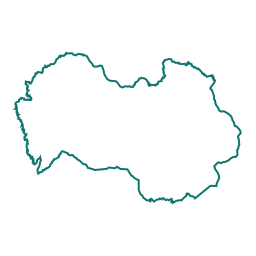 Bosomtwe, Ashanti, Ghana (Robinson projection)
{"feature_id": "2480657B90441463194933", "entity_name": "Bosomtwe", "entity_type": "district", "adm_level": 2, "iso_a3": "GHA", "parent_name": "Ghana", "parent_adm1": "Ashanti", "projection": "robinson", "projection_center": [-1.515, 6.558], "detail": "fine", "context": "isolated", "style": "outline", "palette": "teal", "viewbox_px": 256, "rotation_deg": 0, "n_neighbors": 0, "source": "geoboundaries", "source_scale": "gbopen_adm2", "svg_char_len": 5633}
<svg xmlns="http://www.w3.org/2000/svg" viewBox="0 0 256 256"><path d="M26.8,152.3L28.3,154.8L28.7,154.6L29.3,155.2L29.2,154.7L29.8,154.9L30.4,155.9L30.2,156.3L31.0,156.6L30.8,157.3L32.0,157.0L31.7,157.8L32.2,157.5L32.2,158.3L32.7,158.6L32.0,158.8L33.2,159.5L32.9,160.5L33.4,160.5L33.6,161.4L32.9,161.6L32.8,162.7L33.2,162.7L32.9,163.0L34.4,164.4L36.0,163.6L36.8,162.4L37.0,160.8L37.6,159.5L39.7,158.2L40.2,157.2L41.0,160.3L40.3,161.5L39.2,166.5L37.5,169.4L37.6,171.8L38.3,173.7L39.9,172.2L41.1,172.3L42.6,171.3L43.0,170.0L44.1,170.2L44.6,169.3L45.8,169.2L46.0,168.4L47.6,168.0L49.8,166.4L50.6,164.1L51.9,163.2L51.9,161.8L52.5,161.6L53.8,159.6L54.2,159.9L54.6,159.2L57.0,158.3L58.4,157.2L58.6,156.5L59.1,156.5L59.4,154.6L60.3,153.6L60.6,153.8L61.4,151.9L62.4,151.2L68.1,153.4L68.0,154.0L68.8,154.9L70.4,155.4L71.2,155.0L73.0,155.2L73.9,156.9L76.5,158.1L77.0,159.1L79.8,160.8L83.0,163.9L86.2,164.7L87.9,167.9L92.9,169.1L94.5,170.0L106.6,168.9L109.0,167.5L114.4,168.2L115.6,167.9L116.6,166.8L117.5,167.4L118.2,167.3L120.2,168.9L127.5,169.4L131.2,175.5L132.9,176.4L134.4,178.0L137.5,179.8L138.7,180.1L138.7,189.8L139.6,192.2L140.8,194.5L142.4,195.6L143.0,197.3L145.8,199.6L146.8,200.3L148.1,200.4L149.6,199.9L149.8,201.2L150.4,201.4L150.8,200.0L150.3,199.3L150.8,198.7L151.8,199.2L153.9,201.5L157.4,199.4L158.9,199.5L159.7,198.5L161.8,199.4L162.2,198.4L163.6,198.2L165.5,200.1L167.4,199.5L168.6,200.3L171.5,198.9L172.1,200.1L170.8,202.7L171.6,201.8L171.6,202.6L171.8,202.2L172.4,203.0L172.8,202.8L172.1,202.2L172.4,201.4L174.3,202.1L176.3,200.8L180.3,200.1L181.6,200.4L182.5,199.1L186.2,195.8L187.0,194.7L186.6,193.9L186.9,193.5L188.7,193.8L190.5,196.1L192.9,196.3L194.5,197.4L195.0,198.4L210.4,185.8L216.4,186.0L216.6,183.9L219.1,178.2L219.0,176.0L217.8,172.9L215.3,169.3L214.3,166.1L218.0,162.5L218.9,162.4L221.0,163.2L222.5,162.2L224.3,162.1L227.9,160.8L231.0,158.2L233.5,156.9L236.0,156.8L237.5,154.6L237.1,150.3L238.3,148.3L238.7,145.7L239.3,144.7L238.8,139.4L237.9,136.6L239.6,134.2L240.6,133.5L240.6,131.9L239.4,129.4L236.4,126.3L235.2,126.2L234.6,125.3L233.7,121.9L232.4,120.1L232.1,118.4L231.1,116.3L228.3,113.7L223.9,111.2L221.5,111.6L219.1,110.5L218.1,107.7L216.1,105.0L215.2,102.4L215.1,100.5L214.0,99.0L214.1,96.4L211.9,89.8L210.6,89.3L210.3,88.0L214.3,82.5L215.0,80.6L214.6,80.0L214.5,80.4L213.7,80.1L213.1,78.7L213.6,78.4L212.9,77.5L213.3,76.7L211.8,76.5L212.2,75.4L211.2,75.5L211.1,76.2L209.7,75.8L207.2,76.8L205.3,75.1L204.5,75.3L204.0,74.9L204.0,73.8L203.3,73.7L203.3,74.0L202.0,73.1L202.0,72.5L199.1,69.3L198.4,69.4L197.7,68.3L196.9,68.7L196.3,68.4L194.6,66.9L194.0,67.4L193.5,66.6L192.0,66.1L191.5,64.1L189.6,63.8L189.5,63.1L188.3,62.1L187.4,63.1L187.6,63.9L186.9,64.2L187.1,64.8L186.6,65.2L185.9,65.2L184.7,63.7L181.9,64.2L179.6,63.7L179.2,63.1L178.6,63.3L178.6,62.7L175.9,62.9L174.4,62.2L174.1,61.6L172.2,61.7L171.3,59.4L169.8,58.9L164.7,60.1L164.2,60.9L164.4,61.4L163.5,61.8L163.4,62.6L162.8,63.1L164.1,67.8L162.9,68.6L163.4,69.3L163.2,70.2L163.6,70.6L163.4,71.3L163.9,72.6L163.6,72.7L164.1,74.8L165.3,75.7L163.7,78.0L163.3,78.3L162.8,77.8L162.7,78.5L161.9,78.7L161.4,79.8L161.6,81.0L158.4,81.7L157.8,84.1L156.8,84.1L155.9,85.4L155.3,85.5L155.0,84.8L151.2,85.2L150.5,84.7L150.5,85.1L149.3,85.8L148.4,84.5L148.6,82.8L148.1,82.9L146.9,80.2L144.9,78.7L143.4,78.1L142.0,78.3L141.4,77.8L139.7,78.7L139.2,78.6L138.8,79.8L137.2,81.6L135.0,82.6L135.3,83.9L134.3,85.2L133.6,85.2L133.3,86.7L132.9,87.0L130.4,86.8L129.5,86.2L128.2,86.6L124.9,86.3L122.4,87.5L119.9,86.3L117.8,83.0L116.0,81.3L110.0,80.7L108.3,79.9L106.8,78.5L104.3,74.2L103.6,70.5L101.9,65.9L99.9,65.5L97.9,66.4L95.9,66.6L94.2,66.6L93.2,66.0L92.1,63.6L89.8,61.4L87.0,56.3L83.7,54.8L83.3,55.3L82.8,54.5L81.7,54.7L81.2,54.2L78.2,53.9L77.6,54.5L75.9,54.9L75.6,55.4L73.5,54.7L72.2,53.3L68.0,53.4L66.2,53.0L65.7,53.5L65.8,54.4L64.7,54.9L63.9,55.9L62.2,55.5L61.7,56.1L60.8,55.8L60.3,56.8L59.5,56.0L57.8,58.6L56.5,59.2L55.3,62.4L53.7,64.0L50.8,64.2L50.6,64.6L49.8,64.7L49.2,65.9L47.9,65.7L46.9,67.2L45.8,67.1L45.7,66.1L45.2,65.8L45.0,67.0L44.3,67.7L43.2,67.9L42.6,70.8L42.8,71.6L42.2,72.8L41.5,73.0L41.1,72.5L37.7,72.0L37.0,73.3L36.3,73.2L36.3,73.6L35.4,73.8L35.3,75.4L34.8,76.2L33.8,76.7L33.9,77.4L32.7,78.6L32.5,80.5L30.7,83.6L29.5,83.2L29.7,82.6L29.1,81.9L26.5,82.0L25.9,81.6L25.6,84.2L27.3,85.1L27.7,85.9L27.4,86.5L27.9,87.0L27.1,87.8L26.9,89.3L27.9,89.6L28.6,90.4L27.7,91.0L26.3,94.6L26.7,95.1L26.8,94.6L27.6,94.7L27.3,95.3L27.9,95.2L28.5,96.0L29.3,95.8L29.1,96.2L29.5,96.1L30.3,97.6L30.8,97.3L31.3,97.8L31.2,99.8L30.1,100.1L28.0,99.4L27.7,99.9L24.2,99.7L24.2,98.6L21.4,97.9L21.0,99.0L20.3,98.8L19.0,99.8L19.0,101.4L17.0,101.9L15.7,102.9L15.5,104.4L16.1,104.7L15.8,105.3L16.6,106.6L15.9,107.1L16.1,108.1L15.4,108.7L16.9,108.6L16.6,111.2L17.0,111.4L16.7,111.9L17.4,112.7L16.9,113.0L17.4,113.5L16.9,113.4L17.5,113.9L17.3,114.4L17.8,114.5L17.7,115.0L18.2,115.0L17.6,115.5L18.0,116.4L17.5,116.2L18.4,117.1L18.8,118.1L19.2,118.2L19.0,118.9L19.9,119.2L19.3,119.3L20.9,120.1L20.7,120.8L21.1,121.0L20.9,121.3L21.4,121.4L22.0,123.9L22.4,123.9L22.5,124.4L22.1,124.3L21.9,125.0L22.3,124.6L22.8,125.7L22.4,126.0L22.8,126.2L22.7,128.7L23.5,128.8L23.5,129.2L23.1,129.2L23.6,129.7L23.2,129.9L23.8,130.1L23.4,130.5L24.0,130.7L23.5,132.1L23.8,132.8L24.2,132.6L24.2,133.1L25.9,134.7L26.4,134.5L26.2,135.5L24.6,136.4L24.9,137.4L24.3,138.4L24.9,140.0L25.6,140.0L25.6,139.5L26.3,140.2L26.7,139.9L26.7,140.3L27.2,140.5L27.0,141.0L27.3,141.4L27.5,141.0L27.7,141.5L27.3,142.7L27.8,143.6L27.0,143.6L27.2,144.1L26.5,145.4L26.9,146.5L26.7,148.2L27.6,149.3L27.3,149.9L27.7,150.2L27.1,150.7L27.8,151.3L27.5,152.2L27.2,151.5L26.8,152.3Z" fill="none" stroke="#0f766e" stroke-width="2"/></svg>